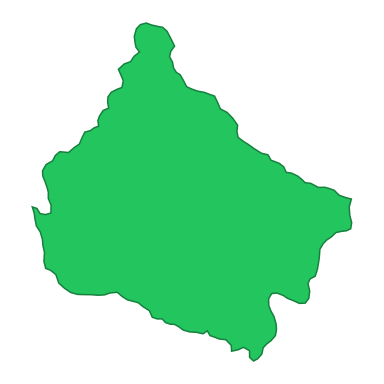 Joaçaba, Santa Catarina, Brazil
{"feature_id": "56859067B91608506084294", "entity_name": "Joaçaba", "entity_type": "district", "adm_level": 2, "iso_a3": "BRA", "parent_name": "Brazil", "parent_adm1": "Santa Catarina", "projection": "orthographic", "projection_center": [-51.59, -27.141], "detail": "fine", "context": "isolated", "style": "filled", "palette": "green", "viewbox_px": 384, "rotation_deg": 0, "n_neighbors": 0, "source": "geoboundaries", "source_scale": "gbopen_adm2", "svg_char_len": 2247}
<svg xmlns="http://www.w3.org/2000/svg" viewBox="0 0 384 384"><path d="M146.3,23.0L140.4,24.6L136.4,28.8L134.3,36.4L135.0,42.2L136.0,47.3L139.5,52.0L134.1,56.3L130.6,61.6L124.3,63.9L118.4,69.3L121.0,75.2L123.3,80.8L121.9,87.5L117.7,89.0L111.3,92.2L108.0,96.8L107.6,102.2L108.7,108.1L103.1,110.5L99.5,116.0L97.9,120.6L98.6,126.3L94.3,127.7L90.6,130.5L84.8,132.1L81.9,138.0L79.4,144.0L74.2,147.6L68.5,152.5L59.8,151.7L55.4,155.4L52.5,160.9L46.1,164.5L42.5,170.9L42.8,176.1L45.0,181.5L46.9,186.9L48.3,192.1L48.3,198.5L51.1,205.1L50.9,213.0L45.5,214.6L40.1,213.6L37.0,208.5L32.3,206.9L34.2,213.3L34.9,218.6L36.4,225.9L40.3,232.1L42.4,239.2L42.9,245.3L44.5,252.6L43.9,261.3L45.7,268.4L50.5,270.3L55.9,274.6L58.8,283.1L64.5,288.3L70.7,292.5L77.5,294.4L83.4,294.6L91.1,294.7L98.1,295.2L104.4,294.9L110.0,293.0L117.3,292.3L122.4,296.7L127.5,299.9L133.9,301.5L138.4,302.8L143.4,307.0L149.4,310.7L152.3,317.3L157.2,318.9L162.2,318.9L165.5,322.6L170.3,324.2L174.6,324.4L178.5,326.6L183.3,330.1L189.6,331.9L196.4,332.3L203.1,333.8L207.3,330.8L210.0,335.6L214.7,337.2L219.2,339.0L225.8,339.7L231.3,345.4L231.6,351.2L238.1,349.8L243.5,347.3L249.5,350.7L249.6,357.3L253.5,361.0L257.7,358.8L261.8,354.1L263.2,347.7L266.9,343.8L271.1,340.6L275.4,335.6L276.5,329.5L276.1,324.0L274.0,316.6L270.7,310.5L268.8,305.5L268.6,298.8L271.7,293.6L276.8,293.0L283.2,295.4L287.6,298.4L292.8,300.4L299.4,303.4L305.2,303.1L308.8,298.4L309.7,291.0L308.0,283.6L310.0,279.0L315.2,276.2L317.5,268.9L318.5,263.0L319.3,257.6L319.9,249.2L323.2,243.7L326.5,240.2L331.6,236.7L335.9,232.6L341.7,231.3L346.4,230.8L350.7,228.8L351.7,222.7L349.8,215.4L349.2,207.0L351.4,199.0L346.0,197.7L339.1,195.2L334.2,190.3L329.5,188.6L325.0,187.3L318.3,187.4L310.9,183.4L305.1,182.7L301.6,179.2L297.6,176.0L291.5,173.1L286.3,172.4L283.6,166.7L279.2,163.3L275.0,161.7L271.0,160.2L268.0,154.8L261.4,153.2L253.9,148.5L248.4,144.5L243.7,141.6L238.1,137.4L236.9,131.4L237.6,125.2L232.6,118.1L227.2,112.5L220.4,108.9L217.7,102.7L214.6,96.1L209.4,94.3L204.5,92.4L197.6,91.1L191.6,89.0L186.6,86.7L183.5,80.6L180.2,74.8L176.4,72.4L173.6,68.1L172.5,62.1L169.6,56.8L170.8,51.2L174.6,46.2L171.3,39.4L167.0,31.2L162.6,27.3L157.6,26.4L151.2,24.9L146.3,23.0Z" fill="#22c55e" stroke="#15803d" stroke-width="1.5"/></svg>